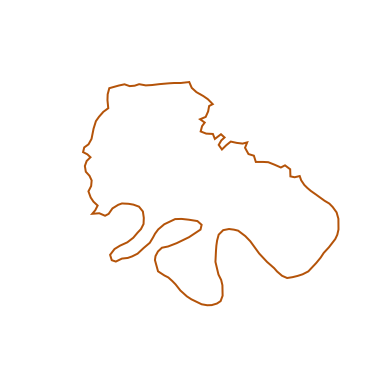 the district of Cruzeiro do Iguaçu, Paraná, Brazil, rotated 144°
{"feature_id": "56859067B4540369409073", "entity_name": "Cruzeiro do Iguaçu", "entity_type": "district", "adm_level": 2, "iso_a3": "BRA", "parent_name": "Brazil", "parent_adm1": "Paraná", "projection": "mercator", "projection_center": [-53.122, -25.597], "detail": "fine", "context": "isolated", "style": "outline", "palette": "amber", "viewbox_px": 384, "rotation_deg": 144, "n_neighbors": 0, "source": "geoboundaries", "source_scale": "gbopen_adm2", "svg_char_len": 2238}
<svg xmlns="http://www.w3.org/2000/svg" viewBox="0 0 384 384"><g transform="rotate(144 192 192)"><path d="M129.6,282.6L137.2,286.9L142.4,290.7L146.8,293.5L155.1,298.5L161.4,302.0L166.7,305.4L171.4,310.3L175.9,311.7L180.2,314.3L183.3,318.8L188.5,321.1L197.9,324.6L202.8,320.6L206.4,316.0L210.5,309.0L216.5,309.0L223.1,307.5L228.1,305.8L234.4,301.1L242.1,294.0L247.7,291.4L253.0,291.4L256.7,288.3L254.5,284.0L253.7,279.8L259.0,279.0L263.4,276.0L266.0,270.8L265.4,265.4L266.4,260.3L270.1,256.1L275.4,253.4L277.2,247.1L277.4,242.1L276.3,236.5L281.0,234.1L285.5,233.0L279.5,229.3L276.3,223.9L272.3,223.3L266.0,225.5L259.2,225.0L255.4,223.9L250.2,219.7L246.8,216.2L243.5,211.3L243.2,205.1L246.2,199.4L250.0,194.6L255.1,192.0L259.9,191.1L266.4,189.5L273.9,189.3L281.8,190.9L288.2,191.4L295.2,189.3L297.0,184.0L294.5,180.5L287.8,179.3L282.7,176.4L278.3,175.1L272.3,174.1L264.1,175.1L256.0,175.7L250.3,178.1L246.4,180.0L241.3,181.6L233.4,182.2L221.6,180.0L216.3,176.4L210.9,171.5L204.7,165.3L203.5,159.8L207.2,156.6L221.0,157.2L234.4,159.6L243.4,162.0L249.1,164.6L254.5,163.9L259.2,161.6L262.0,158.7L266.1,147.8L263.4,140.7L261.4,136.8L260.3,131.7L259.6,127.0L259.3,119.1L257.5,110.6L255.6,105.6L250.2,95.5L246.2,91.4L242.5,88.9L237.4,87.1L233.0,86.9L228.2,90.1L222.2,98.7L220.1,103.7L219.1,109.7L214.1,121.7L207.2,130.3L203.8,134.3L200.2,138.0L195.5,141.8L189.2,142.8L183.8,140.3L180.2,136.9L177.4,133.6L174.8,125.0L173.8,117.9L173.8,102.8L172.4,91.4L170.3,82.1L169.9,77.7L168.4,71.3L165.6,66.5L160.7,64.0L155.8,62.0L150.9,60.4L144.6,59.4L133.0,61.6L126.5,63.3L121.2,65.3L113.7,66.8L103.8,69.7L99.6,72.0L95.5,75.6L89.3,84.3L87.0,90.5L87.0,97.2L87.7,101.9L89.9,107.0L93.4,117.7L95.2,122.9L96.3,127.4L97.0,131.7L96.8,137.3L95.5,141.6L100.3,143.6L103.2,146.8L99.2,152.7L101.1,158.9L105.7,159.6L109.2,165.6L112.8,171.3L116.9,174.6L122.7,178.8L120.6,185.0L124.0,189.5L123.1,196.6L118.2,199.7L122.6,201.4L127.0,205.5L131.0,210.0L136.8,209.7L142.8,208.8L142.7,214.4L138.0,216.5L133.6,217.0L134.6,221.7L142.3,221.5L141.0,226.7L146.2,230.9L149.4,235.9L145.1,239.4L140.9,240.7L142.7,246.1L136.8,244.7L131.6,247.7L127.6,251.5L123.6,250.9L124.6,257.7L126.5,263.1L129.7,270.1L131.0,276.4L129.6,282.6Z" fill="none" stroke="#b45309" stroke-width="2"/></g></svg>